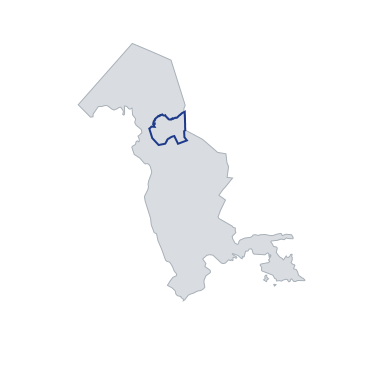 Takhtakupir, Karakalpakstan, Uzbekistan shown in context, rotated 38°
{"feature_id": "79887680B8081809775743", "entity_name": "Takhtakupir", "entity_type": "district", "adm_level": 2, "iso_a3": "UZB", "parent_name": "Uzbekistan", "parent_adm1": "Karakalpakstan", "projection": "orthographic", "projection_center": [60.944, 43.185], "detail": "fine", "context": "in_parent", "style": "outline", "palette": "blue", "viewbox_px": 384, "rotation_deg": 38, "n_neighbors": 0, "source": "geoboundaries", "source_scale": "gbopen_adm2", "svg_char_len": 5253}
<svg xmlns="http://www.w3.org/2000/svg" viewBox="0 0 384 384"><g transform="rotate(38 192 192)"><path d="M291.9,167.5L296.8,164.4L299.9,165.7L300.3,166.7L297.3,168.9L294.6,170.3L294.0,172.8L291.3,174.2L288.8,177.8L284.7,181.7L284.7,182.4L285.1,183.0L286.6,183.2L289.8,184.7L292.6,183.3L293.3,183.5L294.2,184.5L295.3,187.4L296.7,188.1L301.0,189.2L304.1,188.8L305.7,189.3L305.9,189.0L305.6,184.4L307.0,185.0L308.3,184.2L308.6,181.9L308.1,180.5L309.1,179.5L309.7,180.0L309.9,181.3L311.5,182.0L312.9,184.1L313.5,186.7L316.5,186.9L317.4,186.3L318.3,186.5L319.1,189.7L319.5,189.9L321.9,188.9L324.5,190.0L327.3,192.1L330.2,191.8L330.8,192.2L332.8,191.5L335.2,191.9L335.4,192.2L335.0,192.8L329.8,196.6L328.6,198.9L327.4,199.8L323.9,199.1L323.5,200.5L324.3,201.6L323.7,203.1L321.9,202.8L321.5,202.2L319.8,202.8L318.1,205.2L317.4,207.1L315.6,207.9L313.3,210.1L312.1,208.8L310.3,209.2L307.7,208.0L306.5,207.9L295.8,211.1L294.9,210.9L293.5,208.6L290.6,207.6L290.6,206.4L295.6,200.7L296.1,199.0L294.1,198.4L294.3,197.0L290.3,193.4L289.6,193.2L289.1,193.4L288.1,196.6L279.0,202.8L277.5,202.5L275.2,200.7L273.7,200.2L272.1,202.0L272.4,204.0L270.7,205.7L272.9,210.8L272.8,211.5L271.5,211.8L272.6,213.7L271.9,214.0L267.2,213.7L261.9,215.4L262.1,216.3L266.9,215.7L267.6,216.0L267.8,216.6L267.5,217.0L265.0,217.8L264.8,218.6L266.4,220.8L265.8,221.4L264.9,221.0L264.3,222.6L262.6,222.7L262.1,227.3L260.9,229.0L259.1,229.9L247.4,228.9L244.5,230.5L242.7,232.7L241.7,237.8L241.9,238.3L247.0,239.8L248.0,242.8L254.0,242.5L255.1,242.9L255.7,243.6L256.0,244.4L254.6,249.5L255.7,253.7L256.8,255.6L260.7,259.1L260.7,261.2L260.0,263.2L259.1,264.9L258.1,265.6L256.8,267.8L255.6,270.5L253.3,274.0L252.6,275.9L252.7,281.3L252.1,283.0L251.9,282.4L251.0,281.8L248.3,281.9L247.7,281.2L244.3,282.7L242.1,282.3L239.7,280.3L235.4,279.8L230.1,280.7L229.5,275.2L229.5,271.0L231.2,267.7L231.1,267.0L230.1,266.0L226.8,265.3L222.9,263.0L219.3,261.5L217.3,261.1L215.1,262.1L213.1,262.0L203.4,255.8L195.3,251.4L189.7,246.7L187.2,247.3L180.2,243.0L175.6,238.3L160.7,228.0L157.8,225.4L157.1,224.1L155.8,217.6L154.5,214.6L152.6,213.0L151.0,209.8L148.5,202.1L147.6,200.7L143.3,197.5L140.8,196.8L139.0,197.3L138.0,198.6L136.5,198.7L130.3,197.4L123.4,198.0L117.3,194.0L116.9,193.3L117.0,192.3L118.1,189.6L117.9,188.5L117.1,187.3L117.1,185.9L117.7,185.2L118.8,185.5L119.2,185.0L119.1,184.3L117.7,182.7L115.0,181.2L115.5,180.2L115.7,177.7L116.1,176.3L115.7,175.9L113.7,174.0L107.0,173.8L105.4,173.2L104.1,172.5L102.9,169.7L102.3,169.0L97.7,167.8L93.1,162.8L92.1,164.9L91.2,165.3L87.7,164.7L85.8,165.9L90.1,171.0L91.0,172.5L90.9,173.4L89.6,173.5L88.6,171.1L87.9,170.4L83.7,169.0L82.3,170.5L81.9,172.3L80.0,175.5L77.8,176.0L72.8,176.0L71.3,176.6L70.2,177.4L68.2,180.2L65.6,182.3L66.1,191.4L67.7,193.7L65.9,195.5L48.6,193.3L53.5,111.7L77.4,105.3L94.3,101.0L132.6,127.4L133.5,128.4L134.0,130.6L135.0,132.4L148.4,147.4L168.0,144.0L187.9,145.0L195.2,141.0L201.4,147.3L205.2,149.5L210.7,158.9L215.4,156.0L215.2,167.6L214.9,171.1L215.2,178.0L223.3,177.7L225.7,188.7L227.9,195.6L229.7,196.3L245.0,194.1L246.2,194.6L248.3,193.7L249.9,195.8L251.6,197.1L250.9,202.1L252.9,203.9L257.4,205.8L260.0,205.4L260.4,204.6L260.2,203.5L259.5,202.3L259.4,200.9L259.7,199.8L261.9,195.9L265.8,191.9L266.6,190.5L266.7,188.2L268.1,186.8L271.5,185.0L271.9,183.8L275.9,180.4L280.6,178.1L282.7,176.4L284.5,173.4L287.3,170.1L288.5,169.9L289.4,170.7L290.1,170.7L291.9,167.5ZM294.0,194.9L293.2,193.5L292.4,193.1L292.1,193.4L293.5,195.0L294.0,194.9ZM305.8,216.8L302.5,217.2L302.9,215.0L301.6,214.1L301.2,213.0L301.4,212.0L302.1,211.5L303.2,213.0L305.8,213.3L305.1,215.0L305.9,216.5L305.8,216.8ZM315.3,213.3L315.0,215.3L313.4,214.7L313.6,214.1L315.3,213.3Z" fill="#d9dde1" stroke="#a8b0b8" stroke-width="1"/><path d="M127.5,174.0L136.8,175.5L141.1,170.5L141.1,170.0L141.0,169.1L140.8,168.4L140.8,167.4L140.4,166.9L140.4,166.6L140.4,165.2L140.5,164.6L141.0,163.8L141.2,163.1L141.4,162.4L141.6,161.9L141.9,161.5L142.3,160.5L142.6,160.1L143.1,159.5L143.6,158.8L151.3,162.6L156.2,154.5L152.3,153.5L148.4,149.0L148.6,147.4L148.4,147.2L148.2,146.9L145.8,144.1L145.2,143.2L143.8,141.6L143.3,141.0L142.4,139.9L142.3,139.7L141.9,139.3L140.9,138.0L140.3,137.3L140.1,137.1L139.4,136.2L139.2,136.0L139.1,135.8L137.8,134.4L137.6,134.1L136.9,133.2L135.8,135.5L135.5,136.1L135.4,137.3L135.2,137.6L135.2,138.7L135.0,138.9L134.9,139.3L134.7,140.0L134.7,141.3L134.4,141.7L134.5,142.5L133.7,143.6L133.1,143.7L132.5,144.8L132.3,145.6L131.8,145.6L131.4,145.8L131.5,146.3L131.5,146.6L131.2,146.7L131.2,147.3L131.1,147.5L130.7,147.4L130.5,148.0L130.2,148.4L129.7,148.6L129.4,148.9L129.0,149.0L128.6,149.1L128.3,148.9L127.8,148.9L127.3,148.7L127.1,148.8L126.4,148.6L125.9,148.7L125.1,148.4L124.3,148.4L123.8,148.1L123.7,148.4L123.4,148.5L122.3,149.3L121.5,149.3L120.8,149.2L120.6,149.7L120.4,150.3L119.9,150.5L119.6,150.8L119.5,151.2L119.8,151.8L119.5,152.4L119.0,152.5L118.6,152.8L118.7,153.5L118.6,154.4L118.4,154.6L118.2,155.1L118.1,156.3L118.1,156.8L117.9,157.2L118.1,157.6L118.5,157.9L118.3,158.6L118.6,158.9L118.3,159.5L118.4,160.0L118.8,160.6L118.9,161.2L119.4,162.0L119.7,161.4L120.3,161.2L120.5,161.0L120.8,161.5L120.5,162.0L121.0,163.1L122.4,163.7L119.8,165.4L119.6,167.4L119.3,168.3L127.5,174.0Z" fill="none" stroke="#1e3a8a" stroke-width="2"/></g></svg>